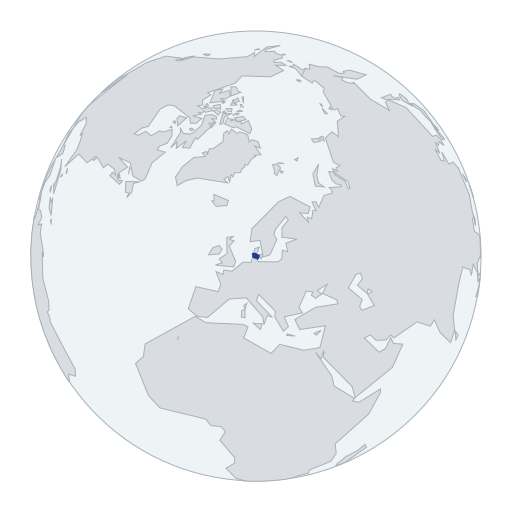 Syddanmark highlighted on a globe, orthographic projection, rotated 10°
{"feature_id": "DNK-3417", "entity_name": "Syddanmark", "entity_type": "Region", "adm_level": 1, "iso_a3": "DNK", "parent_name": "Denmark", "parent_adm1": "", "projection": "orthographic", "projection_center": [9.703, 55.339], "detail": "fine", "context": "on_globe", "style": "filled", "palette": "blue", "viewbox_px": 512, "rotation_deg": 10, "n_neighbors": 0, "source": "natural_earth", "source_scale": "10m", "svg_char_len": 13147}
<svg xmlns="http://www.w3.org/2000/svg" viewBox="0 0 512 512"><g transform="rotate(10 256 256)"><circle cx="256" cy="256" r="225" fill="#eef3f6" stroke="#a8b0b8"/><path d="M30.7,256.6L31.6,257.6L33.2,244.2L33.5,238.5L32.5,238.0L35.1,216.8L38.5,204.0L59.4,146.5L64.4,138.1L68.9,132.2L98.2,99.3L75.1,122.6L82.3,113.5L92.2,102.9L91.7,104.0L105.2,92.7L114.6,84.5L132.6,74.8L148.7,74.1L142.6,77.3L147.1,77.1L155.1,73.3L159.2,70.9L185.7,68.3L212.8,61.2L219.2,55.9L219.6,59.8L230.1,48.4L243.4,44.5L229.7,50.9L229.3,53.2L239.0,51.2L240.8,53.2L246.4,53.6L247.6,56.3L239.5,60.3L240.1,62.2L247.0,60.8L252.5,63.0L242.3,64.7L250.9,68.7L238.9,77.1L210.9,81.0L205.5,89.4L179.9,103.6L183.5,105.1L176.1,112.1L177.5,116.5L172.3,118.3L177.9,120.4L182.3,118.0L186.2,118.2L187.5,120.7L181.1,123.2L179.6,122.3L178.4,124.4L174.7,124.7L177.2,126.0L169.4,129.1L178.8,129.9L174.1,135.6L168.4,136.6L166.8,131.4L149.7,122.3L143.4,122.5L136.3,127.5L127.3,147.2L121.4,149.8L114.9,156.9L119.1,157.6L125.7,152.4L132.0,155.8L139.4,149.4L143.0,150.0L151.4,145.8L152.4,152.1L148.9,160.5L142.0,164.5L140.2,168.5L148.7,169.5L137.6,181.9L133.4,199.3L130.3,202.2L120.8,198.5L116.1,186.0L103.8,182.8L114.1,190.8L106.1,198.4L105.7,202.3L107.5,205.5L111.4,205.0L109.2,209.1L98.2,202.3L100.1,198.5L103.6,200.6L101.3,194.9L93.8,191.2L90.4,195.7L82.8,186.4L80.2,189.7L77.1,189.7L81.7,185.0L73.3,193.5L63.8,186.3L52.2,201.2L61.1,182.5L62.8,174.2L63.8,165.7L61.8,167.9L65.8,154.8L64.8,148.8L57.5,155.4L50.6,167.5L46.8,180.8L48.9,180.1L47.9,188.7L41.8,194.2L39.0,212.5L35.4,220.2L33.6,229.9L33.9,236.9L33.7,247.8L35.9,248.5L38.4,255.3L36.0,263.2L39.4,261.6L39.5,270.7L46.0,289.7L44.9,290.0L50.0,315.1L59.5,336.1L61.6,345.6L60.1,347.0L64.3,353.8L64.4,356.1L84.4,382.2L97.6,398.8L99.1,405.8L91.9,404.8L94.4,412.9L91.2,409.6L80.2,396.8L70.1,383.3L61.1,369.1L53.2,354.2L46.5,338.8L40.9,322.9L36.5,306.6L33.3,290.1L31.4,273.4L30.7,256.6ZM48.8,204.8L45.9,230.1L44.3,220.2L45.2,221.0L46.6,213.6L48.1,202.2L47.7,194.2L48.8,204.8ZM54.7,205.8L55.0,202.1L55.2,205.2L54.7,205.8ZM160.8,69.6L155.1,73.1L147.2,76.0L151.8,72.8L160.8,69.6ZM175.9,65.3L173.7,67.3L168.8,66.6L171.6,65.7L175.9,65.3ZM223.4,52.0L218.4,53.5L222.6,51.4L223.4,52.0ZM247.0,53.2L247.9,52.2L250.5,52.9L247.0,53.2ZM150.3,142.8L150.8,144.3L149.0,144.2L150.3,142.8ZM153.4,139.6L150.9,138.5L152.0,136.9L153.6,137.6L153.4,139.6ZM254.6,57.7L258.5,59.2L253.2,58.3L254.6,57.7ZM156.3,141.4L154.3,134.1L156.4,131.3L163.9,131.8L156.3,141.4ZM259.8,60.6L269.3,64.6L272.1,62.7L269.6,70.9L262.4,64.5L255.4,63.5L259.6,62.5L259.8,60.6ZM183.2,116.1L178.5,118.8L181.3,114.3L183.2,116.1ZM184.0,113.2L186.9,99.8L194.4,97.4L191.9,102.2L200.7,97.5L202.9,102.8L198.6,106.7L193.3,107.1L198.2,108.9L184.0,113.2ZM266.8,74.9L267.9,76.7L265.2,75.6L266.8,74.9ZM188.0,117.9L187.9,115.3L194.4,112.9L195.8,117.8L193.2,117.0L188.0,117.9ZM201.9,93.7L207.0,93.0L210.2,97.1L212.6,97.4L203.6,102.8L201.9,93.7ZM192.4,118.8L196.3,120.3L194.4,123.8L188.5,120.3L192.4,118.8ZM195.5,110.4L198.7,109.5L197.4,111.5L195.5,110.4ZM189.6,137.5L189.4,134.1L192.7,132.5L189.6,137.5ZM197.9,120.7L198.5,119.5L199.8,118.6L201.9,120.3L197.9,120.7ZM206.5,105.4L206.8,107.4L210.4,103.4L212.9,106.5L206.5,109.6L210.3,109.6L211.1,110.6L205.0,112.0L206.5,105.4ZM208.0,119.4L200.7,124.8L200.4,131.2L197.4,132.7L198.4,122.2L208.0,119.4ZM206.8,114.9L206.8,118.0L203.1,118.2L200.7,116.2L206.8,114.9ZM217.0,107.6L214.7,102.0L216.2,101.6L217.0,107.6ZM208.7,121.2L210.4,119.9L209.1,121.6L208.7,121.2ZM215.2,111.7L214.2,109.7L216.0,109.2L215.2,111.7ZM214.7,119.0L212.4,120.7L210.7,119.3L214.7,119.0ZM215.6,115.6L218.2,115.5L211.5,117.8L214.8,114.8L215.6,115.6ZM217.0,111.5L217.7,110.6L217.2,112.4L217.0,111.5ZM222.5,123.5L214.5,126.8L210.8,123.7L219.1,120.8L222.5,123.5ZM480.8,241.6L480.9,244.4L479.8,240.3L479.1,243.0L476.8,233.6L471.3,226.5L471.5,237.7L469.1,232.5L461.6,231.0L460.5,247.0L460.4,280.0L464.4,294.8L462.6,307.5L450.4,299.3L442.8,287.9L439.7,294.9L426.0,292.9L406.1,312.7L402.1,310.4L398.6,316.1L388.8,318.2L382.3,313.7L376.9,318.0L393.9,329.4L399.6,324.7L402.8,313.0L406.6,318.3L415.9,317.3L409.7,341.9L378.2,378.3L373.3,367.9L339.8,344.0L339.8,339.3L339.5,338.8L339.0,338.0L337.9,346.2L331.5,340.5L351.4,360.9L355.5,370.5L377.8,379.2L376.2,382.1L382.8,382.2L401.7,365.2L402.2,369.1L394.4,392.1L366.6,427.2L369.2,436.3L365.5,445.1L345.9,457.3L345.3,460.7L334.9,465.4L332.7,467.2L323.1,471.0L310.2,474.7L293.3,478.2L284.1,479.5L284.4,479.2L275.2,478.6L263.3,470.2L271.1,463.5L269.7,458.0L252.4,443.7L256.4,434.2L251.3,430.0L241.1,430.9L235.0,425.4L228.7,424.9L187.8,422.3L174.3,412.0L156.0,382.6L162.6,374.7L162.1,361.9L206.7,325.9L218.1,330.4L255.4,325.6L260.4,327.2L258.1,338.8L287.7,349.3L294.8,338.9L319.6,340.5L334.8,335.1L336.5,312.6L311.7,320.9L305.3,311.8L323.6,296.2L345.0,288.9L343.2,285.1L327.9,281.3L331.1,271.4L322.4,279.3L327.3,282.1L322.0,287.3L317.3,285.0L318.5,281.5L311.6,281.8L307.2,299.1L311.6,303.9L294.4,311.0L300.2,319.9L296.1,325.4L285.0,312.6L284.7,307.0L265.4,293.3L264.1,299.8L282.3,313.3L277.4,312.8L275.8,322.3L273.2,314.7L253.7,298.9L237.1,303.0L218.9,324.9L208.5,325.6L198.5,319.6L202.1,296.6L224.8,297.7L226.4,290.2L219.3,278.3L226.8,279.9L226.7,275.4L235.0,275.2L244.2,264.4L252.3,263.1L253.5,249.0L257.8,246.6L255.9,255.5L258.9,261.2L278.7,258.0L281.8,254.4L281.0,245.7L286.5,246.2L283.2,238.2L293.4,232.3L278.2,233.0L276.8,223.5L281.6,214.9L278.5,212.0L270.6,226.1L269.9,231.7L273.7,236.2L269.5,252.4L263.2,255.7L257.3,239.8L247.7,243.0L247.3,229.7L268.8,198.8L279.0,191.4L300.9,198.3L300.0,205.1L291.6,205.8L301.6,213.6L299.7,208.9L304.3,209.5L304.2,201.0L307.4,201.0L301.7,193.0L305.7,192.2L309.3,197.2L312.5,184.6L320.1,180.8L319.2,178.0L316.2,176.0L327.9,172.9L326.8,171.0L322.5,171.2L317.4,167.7L313.0,160.3L317.3,159.6L319.5,162.2L330.5,166.8L335.6,174.1L336.9,173.1L333.5,166.7L320.1,160.9L316.2,156.7L322.8,158.5L320.1,157.5L319.6,155.2L323.0,152.5L315.9,150.2L303.8,127.6L309.3,120.5L316.5,124.2L312.7,109.1L319.2,103.1L315.2,103.2L310.7,96.6L308.6,98.3L306.3,97.9L293.7,82.7L294.1,79.0L284.2,73.4L282.1,73.6L281.3,76.0L269.6,70.9L272.1,62.7L276.6,62.6L275.0,57.9L285.5,58.7L293.5,57.5L305.9,61.7L311.1,60.7L309.9,59.0L316.1,56.7L333.0,58.5L324.7,64.4L300.3,65.0L310.7,65.2L309.9,67.5L314.6,69.2L321.9,69.3L321.7,67.8L341.5,81.7L362.0,89.4L356.7,82.1L359.0,79.3L377.8,83.6L409.2,107.6L412.6,105.6L416.6,108.0L422.0,114.7L416.3,111.4L416.6,115.3L412.6,112.6L419.3,123.0L413.8,119.7L421.7,129.8L424.9,129.7L421.0,121.4L430.2,132.1L433.5,129.1L440.1,134.3L455.5,158.8L461.8,176.1L463.5,179.1L462.8,182.2L466.8,193.9L472.0,196.1L473.6,200.2L477.7,219.4L476.9,216.8L475.1,225.1L478.3,237.0L479.9,233.2L480.4,236.6L480.8,241.6ZM193.8,348.2L193.1,352.3L193.8,348.2ZM369.5,291.2L381.1,284.3L372.6,274.3L376.4,270.9L372.1,268.9L372.0,273.6L361.0,267.2L364.8,259.9L361.7,254.7L357.7,256.8L352.5,271.4L368.1,280.4L366.8,287.7L369.5,291.2ZM46.3,290.2L46.8,294.0L45.5,291.0L46.3,290.2ZM42.4,221.8L42.6,226.0L42.2,229.2L41.7,226.6L42.4,221.8ZM48.0,255.4L49.0,260.6L47.3,256.5L48.0,255.4ZM45.8,233.9L47.2,251.6L43.8,244.6L43.3,233.6L44.6,239.3L45.8,233.9ZM51.2,208.3L51.0,211.3L49.9,211.9L51.2,208.3ZM54.9,208.2L54.7,207.3L55.5,205.0L54.9,208.2ZM106.8,198.8L107.6,199.5L108.6,203.2L106.6,202.4L106.8,198.8ZM122.5,214.8L118.5,221.0L119.9,215.9L116.3,215.8L114.9,205.2L128.7,203.1L122.7,205.8L122.5,214.8ZM116.8,191.0L116.1,197.6L116.3,190.5L116.8,191.0ZM217.8,252.0L221.4,255.2L219.4,260.4L209.1,263.1L211.9,255.5L217.8,252.0ZM227.0,258.7L224.0,242.7L230.2,240.7L227.2,244.4L231.7,244.7L228.0,250.9L237.0,265.1L235.8,270.7L217.5,272.0L224.1,268.4L220.2,265.3L227.0,258.7ZM205.2,208.7L203.9,202.7L219.1,206.1L218.5,211.3L208.2,214.1L202.9,209.5L205.2,208.7ZM169.9,144.0L168.5,142.1L170.2,141.3L172.9,142.2L169.9,144.0ZM189.3,136.0L178.1,151.4L175.9,150.0L172.0,161.2L164.7,162.0L167.4,154.6L158.8,163.8L158.4,157.5L153.2,164.2L160.1,147.7L159.3,142.7L163.0,148.0L169.8,147.3L172.5,145.6L179.6,136.9L181.3,126.2L188.3,124.3L192.8,125.7L193.5,128.0L188.7,128.5L193.0,131.2L186.6,133.7L189.3,136.0ZM241.5,149.1L235.7,147.9L243.3,155.4L236.9,157.2L238.2,158.0L234.4,161.8L232.0,168.0L228.9,167.9L229.3,170.4L226.8,173.1L226.4,176.5L220.5,177.8L219.5,182.1L217.3,180.3L217.1,187.4L214.6,182.7L211.1,186.1L215.4,188.9L184.8,189.4L174.0,193.9L166.2,200.4L163.0,192.0L168.2,180.7L177.7,169.8L188.7,166.9L185.2,163.8L189.4,161.6L190.4,165.0L191.5,158.5L195.2,157.7L203.7,149.1L202.9,140.8L206.0,137.6L208.1,140.5L209.7,135.3L215.9,138.7L218.2,136.5L226.7,137.9L229.5,144.9L231.9,142.1L238.4,143.2L241.5,149.1ZM224.9,124.0L229.7,131.6L228.6,136.5L214.3,132.1L211.3,133.6L202.2,131.4L204.0,124.5L206.4,125.7L209.2,125.3L207.6,127.6L211.0,125.5L214.5,127.2L218.1,126.1L218.7,128.8L224.9,124.0ZM264.9,322.5L268.5,322.6L273.9,321.5L273.0,327.6L264.9,322.5ZM251.4,311.9L254.5,311.0L255.9,318.7L252.1,318.7L251.4,311.9ZM255.1,304.1L254.6,310.3L252.6,307.0L255.1,304.1ZM258.7,254.2L261.8,252.9L262.6,254.8L261.4,258.0L258.7,254.2ZM262.6,173.2L259.5,171.4L260.1,170.0L256.5,163.2L260.9,161.6L264.9,165.0L262.6,173.2ZM333.0,317.9L329.3,323.5L326.7,322.3L328.5,320.6L333.0,317.9ZM300.2,327.2L308.3,328.1L299.9,328.9L300.2,327.2ZM266.8,170.2L264.8,167.6L268.3,168.4L266.8,170.2ZM264.0,160.0L267.8,160.3L261.1,160.6L264.0,160.0ZM398.0,425.1L380.0,443.5L371.2,448.8L371.4,447.2L379.3,438.0L390.2,429.6L396.1,422.6L398.0,425.1ZM481.3,257.2L479.6,257.9L480.2,251.4L481.0,245.0L481.3,257.2ZM465.2,295.3L468.8,298.6L467.4,303.8L465.2,295.3ZM465.7,182.6L467.0,188.0L466.0,186.4L463.6,178.6L465.7,182.6ZM445.1,139.1L449.3,143.8L451.0,146.4L449.6,145.6L445.1,139.1ZM301.7,154.6L301.8,165.7L304.8,173.1L311.1,176.1L302.3,176.8L297.7,165.4L301.7,154.6ZM303.1,130.9L297.6,128.7L299.9,126.8L301.5,127.0L303.1,130.9ZM299.9,131.6L293.4,134.3L290.2,131.2L296.0,129.6L299.9,131.6ZM280.3,151.9L280.0,155.2L277.2,154.4L280.3,151.9ZM460.3,161.0L455.4,152.3L453.3,148.0L457.9,156.1L457.7,155.7L460.3,161.0ZM414.4,101.1L412.1,100.1L408.8,96.3L411.4,98.0L414.4,101.1ZM396.0,83.7L407.2,94.9L415.8,104.7L415.4,103.0L421.5,108.2L419.6,108.9L410.1,99.7L404.4,93.0L399.1,89.6L392.1,83.7L386.8,81.9L382.3,78.9L385.4,78.6L396.0,83.7ZM384.6,81.4L372.7,77.3L368.6,71.7L370.3,71.4L377.5,75.5L379.3,78.2L384.6,81.4ZM368.7,74.8L370.2,77.4L356.1,79.2L352.1,78.3L360.6,73.4L362.6,75.7L366.8,76.4L368.7,74.8ZM269.9,75.9L268.0,76.6L268.5,75.0L269.9,75.9ZM305.3,99.0L302.3,98.2L302.9,96.2L305.3,99.0ZM294.3,95.0L295.7,97.8L292.5,95.1L294.3,95.0ZM299.2,104.1L295.4,99.0L301.6,103.5L299.2,104.1Z" fill="#d9dde1" stroke="#a8b0b8" stroke-width="1"/><path d="M255.1,258.1L254.9,258.1L254.8,257.9L254.4,257.8L254.2,257.7L253.8,257.8L253.7,257.7L253.7,257.4L253.6,257.2L253.7,256.8L253.4,256.7L253.4,256.8L253.4,257.0L253.2,257.0L253.2,256.9L253.2,256.6L253.3,256.5L253.5,256.6L253.4,256.7L253.7,256.8L253.7,256.7L253.7,256.4L253.6,256.2L253.6,255.7L253.4,255.5L253.2,255.5L253.1,255.4L252.9,255.1L253.0,255.1L252.9,255.0L252.7,255.1L252.8,255.2L252.8,255.3L252.9,255.5L252.6,255.2L252.4,255.1L252.6,254.7L252.6,254.4L252.6,254.1L253.0,254.1L253.3,254.3L253.5,254.1L253.4,254.1L253.5,254.0L253.8,254.1L254.1,254.1L254.1,253.9L254.3,253.9L254.5,254.1L254.7,253.9L254.8,253.9L254.9,253.6L255.0,253.6L255.3,253.7L255.3,253.8L255.5,254.0L255.8,254.2L255.8,254.3L255.9,254.5L255.7,254.5L255.9,254.6L256.0,254.7L256.1,254.9L256.3,254.9L256.2,255.0L255.9,255.3L255.7,255.3L255.8,255.4L255.9,255.5L255.7,255.7L255.8,255.8L255.9,256.0L256.0,256.3L256.0,256.5L255.9,256.6L255.7,256.6L255.5,256.8L255.4,256.8L255.5,256.9L255.7,257.0L255.4,257.2L255.6,257.2L255.8,257.2L255.9,257.3L256.0,257.3L256.1,257.7L256.1,257.8L256.0,257.7L256.0,257.8L256.1,258.0L256.0,257.9L255.9,257.9L255.8,257.7L255.7,257.6L255.6,257.8L255.4,257.9L255.4,258.0L255.1,258.1ZM258.3,257.1L258.0,257.1L257.9,257.1L257.7,257.2L257.4,257.1L257.2,257.0L256.9,257.0L257.0,256.8L257.0,256.7L256.9,256.6L256.7,256.6L256.7,256.8L256.6,256.7L256.5,256.4L256.4,256.4L256.4,256.2L256.4,255.9L256.2,255.9L256.3,255.8L256.2,255.7L256.3,255.7L256.2,255.7L256.0,255.4L255.9,255.4L256.0,255.3L256.1,255.2L256.3,255.2L256.3,255.3L256.5,255.3L256.7,255.1L257.0,255.0L257.2,254.9L257.3,254.9L257.3,255.0L257.3,254.9L257.6,255.0L257.8,255.2L257.7,255.2L257.7,255.3L257.8,255.3L257.7,255.4L257.6,255.5L257.8,255.5L258.0,255.4L257.9,255.3L257.9,255.2L258.0,255.2L258.0,255.3L258.0,255.2L258.0,254.9L258.1,255.0L258.3,255.3L258.2,255.5L257.9,255.5L258.0,255.6L258.4,255.9L258.5,256.1L258.4,256.1L258.5,256.3L258.5,256.5L258.4,256.7L258.4,256.8L258.3,257.0L258.3,257.1ZM256.7,257.4L256.7,257.5L256.8,257.8L256.7,257.8L256.4,257.8L256.4,257.7L256.7,257.8L256.5,257.7L256.4,257.7L256.2,257.7L256.1,257.4L256.3,257.5L256.2,257.4L255.9,257.3L255.9,257.2L256.0,257.2L255.9,257.2L256.0,257.0L256.3,257.2L256.5,257.2L256.6,257.3L256.7,257.4ZM258.6,257.1L258.7,256.8L258.8,256.7L258.7,257.2L258.7,257.3L258.6,257.6L258.4,258.3L258.2,258.4L258.2,258.1L258.1,257.9L258.3,257.8L258.3,257.7L258.2,257.7L258.4,257.4L258.5,257.3L258.6,257.1ZM257.7,257.7L257.8,257.8L257.7,257.9L257.6,258.0L257.1,257.6L257.1,257.4L257.1,257.5L257.3,257.6L257.5,257.7L257.6,257.8L257.7,257.7ZM253.3,256.0L253.2,256.0L253.1,255.9L253.0,255.6L253.2,255.8L253.3,256.0Z" fill="#3b82f6" stroke="#1e3a8a" stroke-width="1.5"/></g></svg>